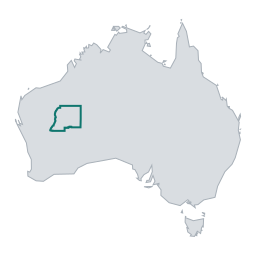 Wiluna, Western Australia, Australia (highlighted)
{"feature_id": "25037944B27628401872150", "entity_name": "Wiluna", "entity_type": "district", "adm_level": 2, "iso_a3": "AUS", "parent_name": "Australia", "parent_adm1": "Western Australia", "projection": "robinson", "projection_center": [121.784, -25.366], "detail": "fine", "context": "in_parent", "style": "outline", "palette": "teal", "viewbox_px": 256, "rotation_deg": 0, "n_neighbors": 0, "source": "geoboundaries", "source_scale": "gbopen_adm2", "svg_char_len": 6634}
<svg xmlns="http://www.w3.org/2000/svg" viewBox="0 0 256 256"><path d="M186.4,31.3L189.4,46.9L193.5,46.1L198.0,50.7L198.5,60.2L201.1,63.5L201.5,72.3L203.3,76.9L216.4,85.4L221.1,99.4L222.6,100.1L222.9,97.6L225.7,100.2L226.3,98.9L227.2,106.0L228.8,108.1L232.5,110.3L239.2,122.3L238.3,130.2L240.4,139.8L235.2,157.8L232.0,164.3L224.9,171.7L217.6,186.3L215.0,197.3L203.8,199.9L197.9,204.6L194.4,205.0L195.2,207.7L190.2,203.8L191.0,202.9L190.8,201.9L189.8,201.9L187.9,203.6L186.7,202.5L189.0,200.9L187.8,199.7L180.1,205.6L169.1,202.7L160.9,195.4L161.0,189.8L157.2,184.7L158.9,184.9L159.0,183.3L153.0,184.9L155.0,181.1L153.0,175.5L150.5,181.8L146.1,182.5L146.9,180.4L149.0,180.3L152.3,171.7L151.8,165.2L148.5,172.0L144.0,174.6L140.9,178.7L141.3,180.8L139.5,180.5L136.8,178.2L138.6,178.2L137.5,174.2L134.9,169.6L132.7,169.0L132.5,165.0L115.8,158.2L87.1,163.4L78.0,168.0L73.9,173.9L54.1,174.3L43.4,181.3L36.1,180.8L27.9,176.1L27.7,171.3L29.7,172.1L31.4,169.2L31.3,159.5L27.8,152.1L26.4,142.9L16.8,123.7L20.4,125.7L18.2,119.9L19.8,123.3L22.5,124.4L17.9,112.3L21.0,95.8L21.8,99.7L24.9,95.4L36.0,87.8L40.0,88.2L60.2,81.0L67.8,71.3L67.3,65.0L71.3,60.4L74.6,67.5L76.4,63.6L74.2,60.8L74.9,59.0L81.5,60.2L79.4,59.5L80.8,56.8L79.6,54.3L83.2,54.0L81.9,52.1L84.9,51.9L83.9,49.3L86.4,46.3L86.6,48.1L88.6,47.8L88.8,44.5L91.8,45.7L93.7,43.0L96.8,44.8L101.0,49.5L100.2,53.2L103.1,49.6L109.1,52.0L110.4,50.0L107.7,47.2L114.9,34.4L116.3,35.3L118.7,32.1L119.5,33.4L126.8,32.4L126.6,29.4L121.8,27.1L122.6,26.3L140.0,32.9L145.1,30.5L143.8,33.0L146.0,34.4L148.6,31.4L150.9,33.9L148.0,39.6L145.0,40.1L145.1,44.2L142.2,50.6L157.8,62.3L162.1,63.4L163.3,66.2L170.4,68.1L175.8,58.0L176.5,43.3L177.4,37.8L179.2,36.4L177.9,33.9L182.5,23.2L186.4,31.3ZM185.3,217.6L193.4,220.7L203.6,218.7L203.2,227.5L202.7,225.9L201.5,227.8L200.6,233.5L197.3,231.2L194.5,236.4L190.3,236.0L191.3,234.5L187.8,232.0L186.8,227.6L188.4,228.4L185.1,222.2L185.3,217.6ZM113.6,26.4L118.6,26.4L120.2,28.0L116.8,31.2L113.6,26.4ZM144.0,186.7L152.6,186.4L148.8,187.9L144.0,186.7ZM149.4,43.3L150.4,46.5L147.2,46.0L147.8,43.7L149.4,43.3ZM238.8,120.9L238.8,117.3L240.2,114.2L240.6,116.4L238.8,120.9ZM202.0,212.4L204.7,213.2L204.6,214.4L202.0,212.4ZM113.1,27.3L114.8,30.4L111.6,30.3L113.1,27.3ZM182.7,213.0L181.2,212.6L182.2,210.5L182.7,213.0ZM166.0,60.9L164.5,61.9L162.9,62.4L163.7,60.6L166.0,60.9ZM16.7,122.8L15.5,121.1L15.4,119.5L15.6,119.4L16.7,122.8ZM203.9,215.5L204.9,216.4L202.9,215.7L203.9,215.5ZM228.2,106.5L229.4,106.5L229.3,108.1L228.2,106.5ZM201.9,72.2L203.2,73.2L203.0,73.7L201.9,72.2ZM196.9,234.3L196.8,235.7L195.8,235.3L196.9,234.3ZM240.0,131.6L240.0,133.6L239.8,133.6L240.0,131.6ZM126.4,26.2L125.6,25.4L126.1,24.9L126.4,26.2ZM149.8,26.4L148.6,28.0L150.1,25.2L149.8,26.4ZM240.4,129.2L239.7,129.9L240.2,129.2L240.4,129.2ZM151.2,55.4L150.5,55.7L150.9,55.0L151.2,55.4ZM146.9,43.3L146.1,43.4L146.6,42.4L146.9,43.3ZM28.9,87.9L28.6,89.2L28.2,89.1L28.9,87.9ZM181.0,22.5L180.9,23.6L180.6,22.8L181.0,22.5ZM189.8,202.4L189.9,203.0L189.6,202.8L189.8,202.4ZM148.3,28.5L146.6,29.5L148.3,28.2L148.3,28.5ZM84.0,47.7L83.4,48.5L83.8,47.6L84.0,47.7ZM197.6,233.3L197.0,233.5L197.4,233.0L197.6,233.3ZM165.2,64.7L164.3,64.7L164.8,64.0L165.2,64.7ZM80.6,53.4L80.1,53.8L80.1,52.8L80.6,53.4ZM202.0,230.3L201.2,230.7L201.5,229.9L202.0,230.3ZM181.6,19.6L181.5,20.3L181.0,19.9L181.6,19.6ZM189.3,203.3L189.9,203.9L188.8,203.7L189.3,203.3ZM218.0,85.4L217.4,85.4L217.7,84.6L218.0,85.4ZM222.4,97.5L222.1,97.5L222.4,96.9L222.4,97.5ZM185.8,216.5L185.5,217.0L185.4,216.4L185.8,216.5Z" fill="#d9dde1" stroke="#a8b0b8" stroke-width="1"/><path d="M58.4,107.8L58.2,108.0L58.0,108.3L57.9,108.4L57.7,108.5L57.4,108.6L57.3,108.8L57.2,108.9L57.1,109.0L57.0,109.4L56.9,109.6L56.8,109.8L56.7,110.0L56.4,110.2L56.4,110.3L56.2,110.5L56.1,110.8L56.0,111.0L55.9,111.0L55.8,111.4L55.7,111.5L55.5,111.8L55.4,111.8L55.3,112.0L55.3,112.4L55.2,112.5L55.1,112.8L55.1,113.0L55.1,113.4L55.0,113.5L54.9,113.8L54.9,114.1L54.9,114.3L54.9,114.5L54.9,115.0L55.0,115.1L55.1,115.3L55.1,115.5L55.3,115.8L55.3,116.0L55.4,116.3L55.5,116.5L55.7,116.9L55.7,117.0L55.8,117.2L55.8,117.3L55.7,117.3L55.4,117.5L55.3,117.8L55.2,117.9L55.2,118.0L55.1,118.3L55.1,118.8L55.1,119.4L55.1,119.6L55.2,119.8L55.2,120.0L55.3,120.3L55.2,120.3L55.3,120.7L55.3,120.8L55.2,121.1L55.2,121.3L55.1,121.5L55.0,121.9L54.9,122.2L54.8,122.3L54.7,122.7L54.6,122.8L54.4,123.1L54.4,123.3L54.3,123.5L54.2,123.7L54.2,123.8L54.0,124.0L53.9,124.2L53.9,124.3L53.8,124.5L53.7,124.7L53.7,124.8L53.6,125.0L53.6,125.4L53.4,125.4L53.4,125.5L53.2,125.6L52.9,125.8L52.7,126.0L52.4,126.2L52.4,126.3L52.2,126.6L52.0,126.8L51.9,126.9L51.9,127.1L51.7,127.3L51.6,127.5L51.4,127.6L51.3,127.8L51.2,127.9L51.1,128.0L51.0,128.3L50.9,128.4L50.9,128.6L50.8,128.9L50.7,129.0L50.5,129.4L50.4,129.5L50.3,129.9L50.3,130.1L50.2,130.3L50.3,130.5L51.0,130.6L52.4,130.6L52.4,130.9L55.0,130.9L55.5,130.9L57.6,130.9L57.8,130.9L58.1,130.9L58.4,130.9L58.5,130.9L58.9,130.9L59.0,130.9L59.3,130.9L60.3,130.9L61.4,130.9L62.7,130.9L63.4,130.9L63.7,130.9L63.8,130.9L64.6,130.9L64.6,127.7L66.1,127.7L66.1,127.9L68.3,127.9L68.3,127.1L69.6,127.1L69.6,126.7L70.1,126.7L70.3,126.7L70.6,126.7L70.8,126.7L71.0,126.7L71.1,126.9L71.4,126.9L71.5,126.9L71.6,127.3L71.8,127.3L72.1,127.3L72.3,127.3L72.6,127.3L72.9,127.3L73.0,127.3L73.3,127.3L73.6,127.3L73.9,127.3L74.0,127.3L74.3,127.3L74.5,127.3L74.8,127.3L75.1,127.3L75.3,127.3L75.5,127.3L75.9,127.3L76.0,127.3L76.3,127.3L76.5,127.3L76.8,127.3L77.1,127.3L77.3,127.3L77.5,127.3L77.9,127.3L78.0,127.3L78.4,127.3L78.5,127.3L78.8,127.3L79.0,127.3L79.3,127.3L79.6,127.3L79.8,127.3L80.0,127.3L80.3,127.3L80.5,127.3L80.7,118.7L80.7,112.2L80.7,105.9L80.4,105.9L80.2,105.9L79.9,105.9L79.7,105.9L79.3,105.9L79.2,105.9L78.8,105.9L78.7,105.9L78.3,105.9L78.2,105.9L77.9,105.9L77.7,105.9L77.3,105.9L77.2,105.9L76.9,105.9L76.7,105.9L76.3,105.9L76.1,105.9L75.8,105.9L75.7,105.9L75.4,105.9L75.2,105.9L74.9,105.9L74.6,105.9L74.4,105.9L74.2,105.9L73.9,105.9L73.7,105.9L73.3,105.9L73.1,105.9L72.9,105.9L72.7,105.9L72.4,105.9L72.2,105.9L71.8,105.9L71.6,105.9L71.4,105.9L71.2,105.9L70.9,105.9L70.7,105.9L70.3,105.9L70.1,105.9L69.9,105.9L69.7,105.9L69.3,105.9L69.2,105.9L68.9,105.9L68.7,105.9L68.3,105.9L68.2,105.9L67.8,105.9L67.6,105.9L67.3,105.9L67.1,105.9L66.9,105.9L66.6,105.9L66.4,105.9L66.2,105.9L65.9,105.9L65.7,105.9L65.4,105.9L65.2,105.9L64.9,105.9L64.7,105.9L64.4,105.9L64.2,105.9L63.9,105.9L63.7,105.9L63.4,105.9L63.2,105.9L62.9,105.9L62.6,105.9L62.4,105.9L62.2,105.9L61.9,105.9L61.6,105.9L61.4,105.9L61.1,105.9L60.9,105.9L60.7,105.9L60.4,105.9L60.2,105.9L60.2,107.8L59.9,107.8L59.7,107.8L59.4,107.8L59.2,107.8L58.8,107.8L58.7,107.8L58.4,107.8Z" fill="none" stroke="#0f766e" stroke-width="2"/></svg>